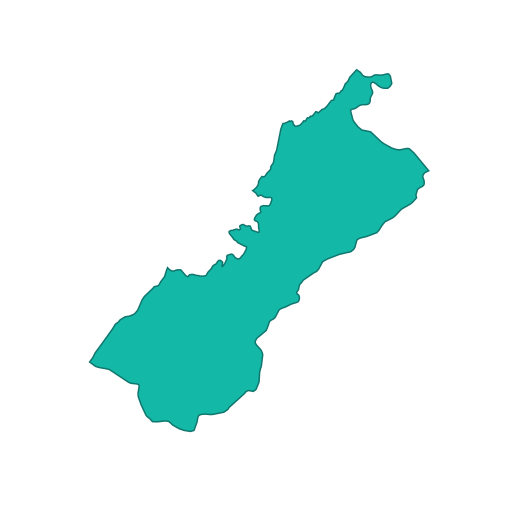 map outline of Lima (Mercator projection), rotated 73°
{"feature_id": "PER-591", "entity_name": "Lima", "entity_type": "Department", "adm_level": 1, "iso_a3": "PER", "parent_name": "Peru", "parent_adm1": "", "projection": "mercator", "projection_center": [-76.872, -11.804], "detail": "fine", "context": "isolated", "style": "filled", "palette": "teal", "viewbox_px": 512, "rotation_deg": 73, "n_neighbors": 0, "source": "natural_earth", "source_scale": "10m", "svg_char_len": 5605}
<svg xmlns="http://www.w3.org/2000/svg" viewBox="0 0 512 512"><g transform="rotate(73 256 256)"><path d="M308.7,446.1L305.6,441.9L301.6,438.1L293.8,427.6L284.0,414.8L280.0,410.3L279.1,407.3L277.3,404.5L275.9,399.0L276.5,394.5L276.0,389.4L274.0,386.1L272.8,384.6L264.3,377.4L262.0,374.4L256.8,364.1L255.6,362.4L255.8,359.0L255.7,357.9L254.7,356.6L252.8,354.7L249.0,349.5L243.6,345.8L241.3,344.0L242.1,343.6L243.0,343.2L244.0,342.5L245.6,341.0L246.2,339.6L246.3,338.1L246.2,336.8L246.2,335.4L247.2,332.0L254.1,329.0L255.1,328.2L255.6,327.5L255.9,326.9L255.8,326.5L255.3,326.2L254.9,325.7L254.6,325.2L254.8,323.0L255.1,321.8L255.6,321.1L256.1,320.1L256.7,319.5L257.2,318.6L257.6,317.3L258.8,315.4L259.8,312.5L259.9,311.4L260.2,310.5L260.0,309.5L259.6,308.8L258.5,307.8L257.4,306.6L255.2,302.7L254.8,302.0L253.9,301.4L253.0,300.2L252.2,298.4L252.1,297.0L251.5,295.9L250.0,294.3L249.3,292.7L249.8,291.2L251.0,290.5L251.9,289.8L252.5,289.8L255.9,291.5L256.2,291.4L256.0,290.6L254.2,288.2L252.4,286.5L250.1,284.6L248.9,284.3L248.0,284.2L247.6,283.9L247.0,283.4L246.9,279.5L247.3,278.3L248.7,277.3L249.5,277.1L250.5,276.9L252.6,275.4L253.8,273.8L253.7,272.8L253.3,271.6L251.5,268.9L251.1,268.0L250.6,267.2L247.8,264.4L246.8,263.5L245.2,262.5L244.4,262.5L242.8,264.5L238.1,269.3L237.3,269.8L235.9,270.3L235.0,271.1L234.2,272.0L233.2,272.5L231.3,273.0L227.9,274.4L226.9,274.8L225.8,274.7L225.3,274.8L224.9,274.7L224.5,274.1L224.2,272.5L224.6,271.3L224.7,270.5L224.5,269.9L224.6,269.3L224.5,268.4L224.7,266.4L225.1,265.8L225.5,265.4L226.1,264.6L226.0,263.8L225.6,263.0L224.3,262.9L223.1,263.0L222.4,262.5L222.0,261.0L222.0,259.7L222.2,258.8L222.9,258.3L224.2,257.0L224.9,255.8L225.1,253.9L225.6,253.0L226.4,252.7L227.3,252.6L228.2,252.6L229.6,252.4L230.4,252.0L233.6,247.7L234.2,246.7L233.9,246.1L232.6,245.5L229.4,245.2L227.0,244.4L225.0,244.2L223.4,244.7L222.7,245.8L221.6,246.8L220.8,247.0L219.4,246.2L218.8,245.5L218.0,244.7L216.9,243.4L215.9,240.4L215.9,238.9L215.5,238.6L214.7,238.4L213.6,238.6L211.1,237.9L210.5,237.4L210.1,236.8L210.0,234.1L210.9,231.9L211.3,230.4L211.8,229.3L211.7,228.6L211.2,227.9L209.5,226.2L208.5,225.6L207.6,224.9L206.7,224.3L205.2,224.1L204.6,224.5L204.3,224.9L203.1,229.0L201.9,230.9L200.9,232.0L199.6,232.8L199.2,234.0L199.1,234.9L199.4,235.6L199.5,236.3L199.2,236.7L196.0,237.6L192.6,240.0L192.4,240.1L192.1,238.7L190.7,235.8L188.9,233.4L187.2,232.4L185.6,231.8L184.2,230.5L182.1,227.7L181.7,226.9L182.5,225.7L182.5,224.6L182.0,223.6L179.9,221.2L178.2,218.0L177.3,216.7L176.2,216.1L174.9,215.7L173.9,214.7L172.4,212.6L170.3,211.2L165.0,208.8L161.0,205.4L142.0,195.2L138.8,192.8L137.2,191.5L137.5,189.9L137.2,187.0L136.6,184.5L137.5,183.8L137.1,182.7L138.1,181.6L139.2,181.6L140.7,181.9L141.9,181.2L143.3,180.8L143.8,178.8L143.7,175.5L142.0,172.6L140.7,170.8L141.4,169.3L138.9,166.5L139.5,165.2L138.2,163.0L138.8,162.0L137.7,159.6L135.5,156.7L136.0,155.7L137.3,154.5L136.1,151.9L135.1,149.9L135.3,148.3L134.3,145.8L133.0,143.6L131.2,141.2L129.3,138.4L129.6,136.4L126.4,133.9L124.2,131.9L124.2,130.0L124.9,128.9L122.8,126.0L122.9,125.1L119.4,121.8L117.5,120.4L116.8,118.9L116.1,117.6L115.2,116.5L112.5,114.1L107.3,105.3L110.7,102.6L111.4,102.3L113.5,101.5L114.7,101.0L115.8,100.0L116.7,98.6L117.7,96.3L118.2,94.7L118.4,93.5L118.3,92.8L117.8,90.7L117.6,89.5L117.9,88.2L119.7,83.2L119.9,81.8L120.2,76.9L120.8,75.9L122.3,75.2L123.8,75.0L130.7,75.7L132.5,77.6L133.0,78.3L134.1,80.8L133.5,83.1L132.6,85.4L131.9,86.5L131.1,87.4L129.3,89.1L126.2,91.1L124.4,92.6L124.2,93.0L123.8,93.9L124.1,95.0L125.1,96.0L127.2,96.7L128.9,96.8L131.9,96.5L133.3,96.5L134.6,97.0L136.9,99.3L138.1,100.3L141.5,101.7L142.8,102.6L143.5,104.1L143.6,105.4L143.4,106.7L142.6,109.2L142.3,110.6L142.2,111.7L142.4,113.1L142.7,114.3L143.6,116.8L143.9,118.1L143.9,119.5L143.7,120.9L143.8,122.0L144.5,123.0L146.7,123.2L154.1,123.5L156.1,123.1L162.3,120.7L166.4,118.0L170.7,110.1L183.2,103.0L186.2,100.7L192.4,94.7L195.0,91.0L196.3,88.2L196.6,86.8L197.2,80.6L197.6,79.3L198.2,78.1L203.7,74.8L225.0,65.9L225.6,69.9L226.2,71.1L227.5,72.6L228.8,73.3L230.2,73.4L231.8,73.3L233.6,73.3L236.3,74.1L237.5,75.2L238.1,76.7L238.6,79.5L239.6,82.1L244.2,85.1L245.0,85.3L247.3,85.4L250.4,90.6L251.4,93.0L253.6,102.7L254.6,104.8L258.0,110.7L259.0,112.9L259.6,114.8L261.0,122.7L263.6,126.6L267.2,130.7L269.0,133.6L269.7,144.4L269.3,151.4L269.6,153.0L269.9,154.2L270.7,155.2L276.5,158.8L278.2,160.6L279.5,163.7L279.6,165.4L279.4,167.1L278.8,175.8L279.7,188.5L280.9,193.9L286.9,200.0L288.5,202.6L288.9,205.3L292.9,217.9L294.9,220.5L295.9,222.4L297.4,223.5L300.4,225.1L301.5,226.3L302.9,227.9L303.9,228.0L305.8,226.6L307.4,226.4L310.1,227.2L311.3,228.2L312.1,229.3L312.3,230.9L312.3,236.5L313.3,242.1L313.6,247.1L314.0,249.0L314.8,250.2L320.3,255.6L321.2,257.3L322.0,261.1L322.8,262.3L323.8,263.1L326.1,264.7L330.2,268.0L334.8,279.0L336.0,280.4L337.8,281.9L339.0,282.1L341.1,281.6L347.0,278.9L348.7,278.5L351.2,278.3L352.8,278.6L362.6,283.0L363.7,283.6L364.7,284.4L368.0,286.4L377.5,290.0L383.4,294.8L384.0,295.9L384.7,298.1L382.4,302.6L382.7,305.0L384.2,307.3L392.9,325.9L394.5,327.8L396.0,332.4L394.9,343.5L394.2,346.2L392.4,350.5L391.5,354.5L391.6,356.5L392.2,358.0L393.2,358.7L397.8,361.1L404.7,366.3L404.6,370.0L401.8,375.7L398.6,380.1L393.4,385.0L389.1,387.5L388.1,389.0L387.1,391.3L385.7,398.9L384.1,403.5L380.9,404.9L377.5,407.2L375.8,407.8L364.2,409.4L355.9,409.7L352.9,409.0L347.1,406.2L346.6,405.8L346.4,405.8L346.0,405.7L345.2,405.7L344.2,406.3L343.3,407.8L341.6,411.9L340.8,413.3L339.6,414.7L322.1,429.1L321.0,430.4L316.5,439.1L314.5,441.9L308.7,446.1L308.7,446.1Z" fill="#14b8a6" stroke="#0f766e" stroke-width="1.5"/></g></svg>